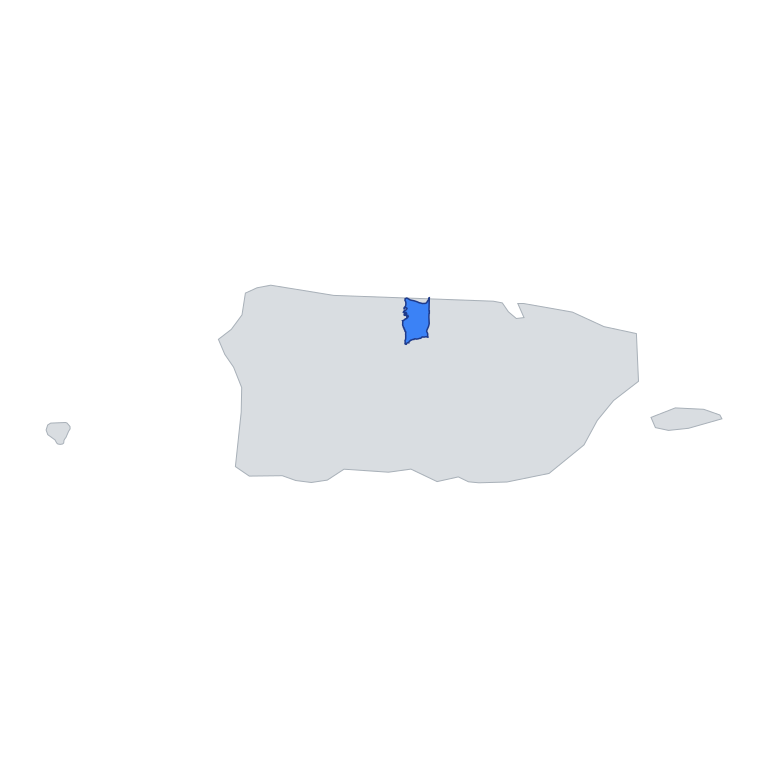 Manatí, Puerto Rico (highlighted)
{"feature_id": "32010507B74616121786134", "entity_name": "Manatí", "entity_type": "district", "adm_level": 2, "iso_a3": "PRI", "parent_name": "Puerto Rico", "parent_adm1": "", "projection": "equal_earth", "projection_center": [-66.506, 18.418], "detail": "fine", "context": "in_parent", "style": "filled", "palette": "blue", "viewbox_px": 768, "rotation_deg": 0, "n_neighbors": 0, "source": "geoboundaries", "source_scale": "gbopen_adm2", "svg_char_len": 2937}
<svg xmlns="http://www.w3.org/2000/svg" viewBox="0 0 768 768"><path d="M508.4,311.8L516.3,318.5L524.0,317.6L517.8,303.5L523.5,303.5L572.4,312.1L603.9,326.6L636.4,333.6L638.5,381.3L613.6,400.5L597.3,420.4L584.0,444.9L549.1,473.4L507.0,482.0L478.9,482.8L468.5,481.8L458.3,476.9L437.1,481.6L410.9,469.1L388.5,472.2L344.0,469.2L327.3,480.1L311.3,482.5L295.7,480.5L282.3,475.7L249.3,476.1L235.4,466.6L241.2,412.2L241.7,387.6L233.6,367.2L224.8,354.4L218.4,339.3L231.3,329.4L242.0,314.9L245.4,293.1L257.0,287.8L270.7,285.2L333.7,295.4L493.3,301.2L502.3,302.9L508.4,311.8ZM688.5,428.3L668.5,430.4L655.4,427.6L651.0,417.4L675.3,407.9L703.7,409.3L719.9,415.0L721.9,418.8L688.5,428.3ZM62.6,444.0L60.2,444.4L57.8,444.0L56.7,443.0L55.0,439.9L47.8,434.7L46.1,430.0L47.7,425.0L50.7,423.1L65.5,422.5L67.0,423.0L70.0,426.5L70.1,428.9L68.6,431.3L66.0,437.3L64.9,438.8L64.0,440.3L63.7,443.0L62.6,444.0Z" fill="#d9dde1" stroke="#a8b0b8" stroke-width="1"/><path d="M423.1,337.0L424.1,337.1L426.1,336.7L427.7,337.2L428.0,337.1L427.6,335.6L427.7,335.1L427.7,333.9L427.3,332.7L426.7,331.6L426.7,330.9L426.9,330.1L428.5,326.5L428.6,326.0L428.9,325.0L429.2,323.6L428.9,317.0L429.0,314.9L429.0,313.7L429.3,313.4L429.3,312.7L429.3,310.9L429.1,310.9L429.0,309.6L429.1,307.0L429.1,305.8L429.3,297.8L428.8,298.0L428.3,300.5L427.6,300.9L426.6,302.8L426.4,302.9L425.3,303.4L422.3,303.5L421.3,303.2L418.8,302.6L417.9,302.1L417.4,301.9L416.0,301.4L413.8,300.7L412.2,300.4L411.6,300.3L411.3,300.2L410.3,300.0L410.1,299.9L409.2,299.3L408.9,299.2L407.8,298.5L407.6,298.4L407.1,298.2L406.5,298.1L405.1,298.8L405.2,299.2L404.9,300.2L405.7,301.8L405.9,303.1L405.8,304.8L405.6,305.8L405.5,306.2L404.3,307.5L404.2,307.6L404.1,307.8L404.0,308.8L404.3,308.9L404.8,308.2L405.3,307.8L405.9,307.7L406.7,308.0L407.0,308.4L406.9,308.8L405.8,310.1L405.3,310.4L404.3,310.8L403.9,311.2L403.6,311.6L403.4,312.2L403.8,312.2L404.3,311.9L404.7,312.3L405.3,312.4L404.7,313.0L404.3,313.6L404.1,314.9L404.4,315.3L404.6,315.4L405.8,315.4L406.0,314.5L405.6,314.1L405.5,313.7L406.0,313.3L406.0,312.9L406.3,312.9L406.6,313.3L406.7,314.5L406.5,315.3L406.7,316.1L407.1,315.9L407.5,316.4L408.0,315.8L408.3,316.4L407.9,317.0L407.7,316.5L406.9,316.6L406.9,317.2L406.8,317.5L406.9,317.8L406.9,318.1L406.0,318.8L405.2,318.9L404.8,319.6L403.0,320.6L402.5,320.7L402.9,321.5L402.7,322.1L402.7,322.5L402.7,323.9L402.6,324.3L402.7,325.3L403.2,326.4L403.5,327.6L404.0,327.9L404.0,328.9L404.6,329.3L404.6,330.0L405.0,330.6L405.1,331.5L405.5,331.6L405.8,332.0L405.7,332.8L405.6,334.6L405.7,335.0L405.7,338.1L405.6,339.3L405.0,340.6L405.2,342.1L405.0,343.7L405.1,343.9L405.8,344.3L406.2,344.3L406.4,344.2L406.6,343.4L407.7,342.7L408.8,342.8L408.9,342.0L409.5,341.3L409.9,341.1L410.0,340.8L410.7,340.2L411.2,340.2L412.1,339.7L413.5,339.3L413.9,339.5L414.5,338.9L415.3,338.8L416.1,339.1L417.9,338.9L419.8,338.3L420.5,338.3L421.6,337.6L422.1,336.9L423.1,337.0Z" fill="#3b82f6" stroke="#1e3a8a" stroke-width="1.5"/></svg>